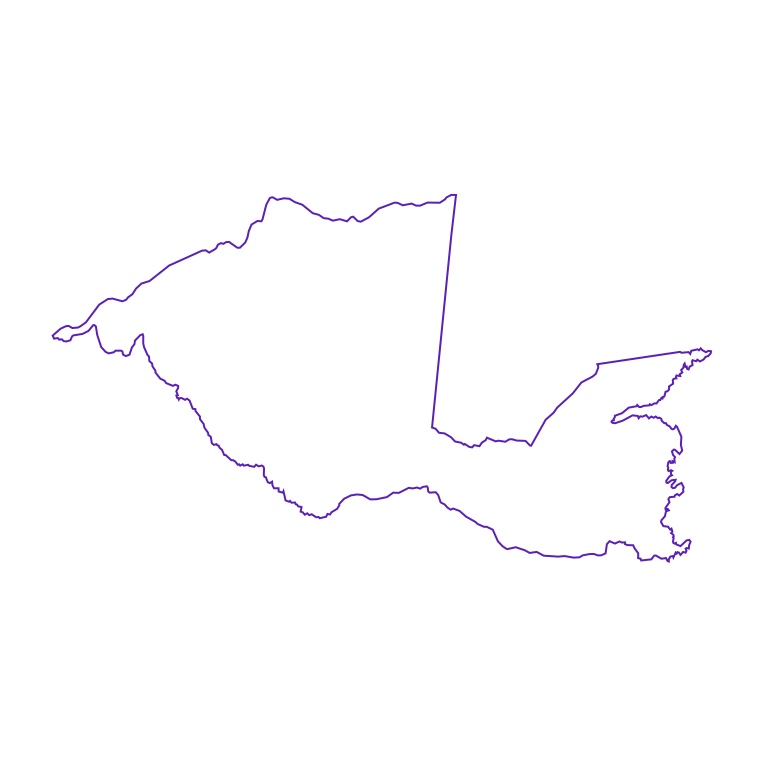 outline of Barreiras, Bahia, Brazil, rotated 177°
{"feature_id": "56859067B47709094289082", "entity_name": "Barreiras", "entity_type": "district", "adm_level": 2, "iso_a3": "BRA", "parent_name": "Brazil", "parent_adm1": "Bahia", "projection": "equal_earth", "projection_center": [-45.677, -12.014], "detail": "fine", "context": "isolated", "style": "outline", "palette": "violet", "viewbox_px": 768, "rotation_deg": 177, "n_neighbors": 0, "source": "geoboundaries", "source_scale": "gbopen_adm2", "svg_char_len": 6069}
<svg xmlns="http://www.w3.org/2000/svg" viewBox="0 0 768 768"><g transform="rotate(177 384 384)"><path d="M171.6,203.3L169.8,212.4L167.0,215.2L161.7,212.6L157.1,214.4L154.6,213.2L151.7,213.3L151.8,211.6L149.5,210.4L143.6,209.9L142.3,206.7L139.0,201.7L139.3,196.8L136.9,196.1L136.4,194.3L126.2,194.9L123.1,198.5L121.5,198.5L116.1,195.0L111.5,195.4L110.1,192.4L108.9,191.8L108.7,194.2L107.0,196.7L104.5,197.0L104.1,195.6L101.5,200.4L100.6,199.3L99.7,200.7L98.4,200.3L96.9,197.8L94.1,200.6L91.6,199.8L90.7,201.5L91.4,203.8L90.4,204.4L88.2,203.7L87.7,207.2L86.1,210.4L87.3,212.3L90.0,212.0L96.4,206.6L100.5,208.5L100.8,210.1L102.1,209.4L103.2,209.9L103.7,211.6L102.8,214.7L103.5,215.8L102.6,216.8L102.9,218.2L105.1,220.1L103.7,221.4L104.5,224.5L105.8,223.6L107.8,226.6L112.5,227.5L114.6,231.8L114.0,233.5L110.4,237.2L109.0,242.2L106.2,242.9L107.1,244.3L109.4,244.2L109.4,245.6L105.1,251.0L106.0,253.9L105.5,255.1L104.3,256.1L99.8,256.2L99.4,257.5L97.0,258.8L95.0,257.2L90.7,260.7L90.8,263.5L90.1,265.0L92.1,269.6L96.5,267.7L98.9,265.1L101.0,264.9L102.3,266.1L102.0,268.0L98.4,271.5L97.8,273.1L101.9,272.8L105.6,270.3L107.1,270.7L107.2,272.5L103.8,276.8L101.2,277.8L102.0,278.7L102.2,281.3L100.7,282.2L101.9,282.9L104.4,282.2L105.0,283.4L104.5,285.6L105.1,287.0L104.2,290.8L103.0,292.0L102.0,291.8L101.9,290.2L99.7,290.2L99.7,291.8L97.8,290.7L98.0,294.2L97.2,295.8L99.0,297.9L100.0,301.6L97.9,303.4L96.6,302.9L92.6,298.6L89.7,301.9L90.7,307.5L89.8,315.8L93.6,325.9L94.7,327.0L96.3,324.4L97.9,323.6L99.2,324.1L101.0,326.8L103.5,328.2L104.6,330.2L106.2,330.2L108.6,332.8L108.9,334.7L110.9,336.0L112.2,335.5L114.4,337.3L116.4,336.2L118.8,337.5L121.2,335.8L123.8,339.2L127.6,337.9L129.8,338.3L131.5,336.5L132.2,338.8L137.4,339.7L147.5,334.9L155.4,332.7L158.0,333.3L158.8,334.4L157.9,335.6L156.3,335.7L156.4,337.3L155.2,338.8L155.1,340.2L147.8,342.4L140.8,347.6L132.8,348.6L132.2,349.8L130.4,347.7L128.5,347.6L125.8,348.6L120.2,348.8L119.6,349.9L118.1,348.9L115.0,350.5L112.9,350.3L110.2,353.6L109.0,353.5L107.6,355.7L106.6,355.0L106.0,356.6L104.7,356.8L103.2,361.6L101.3,361.9L99.6,363.6L99.5,366.6L95.3,369.2L95.4,372.7L94.5,374.0L91.7,374.3L92.1,375.8L91.5,377.2L87.7,376.4L88.1,378.3L85.5,379.9L86.5,382.4L84.2,384.5L83.6,387.6L82.7,388.7L82.0,385.3L80.8,385.6L80.5,383.2L79.1,382.6L77.8,385.4L74.9,386.7L75.2,390.5L74.6,391.6L71.0,390.4L69.8,391.9L67.3,390.0L63.6,391.7L61.4,394.3L58.8,394.9L56.1,397.6L55.7,399.6L58.3,400.1L60.9,398.9L64.8,401.5L65.8,403.0L67.7,401.2L69.0,402.2L75.4,401.1L76.6,398.0L78.2,399.9L85.3,399.6L86.6,400.6L169.9,392.6L169.1,390.7L169.3,388.8L171.9,383.1L175.3,380.5L186.8,375.2L195.9,364.8L212.1,351.5L216.3,346.3L224.4,339.9L240.3,314.7L241.5,315.0L245.5,319.6L246.8,319.9L254.5,320.6L259.2,322.2L262.0,322.1L265.8,320.0L272.8,321.4L275.5,320.9L284.0,325.0L285.4,322.6L289.4,320.3L291.9,316.9L297.2,318.2L299.3,316.1L302.3,316.8L306.4,319.9L307.4,319.2L310.0,321.3L316.1,322.9L319.8,327.3L326.1,331.5L331.6,332.4L334.8,336.6L338.3,338.0L309.0,528.9L302.2,569.0L307.0,569.3L311.9,567.0L313.4,565.2L318.8,562.1L331.1,562.9L338.6,560.2L342.7,560.5L347.0,562.7L355.9,561.5L360.8,564.1L363.8,564.6L380.1,559.4L390.2,551.3L398.7,547.3L401.8,548.1L406.0,552.7L408.1,552.3L412.4,548.4L419.5,550.9L426.5,549.8L430.9,552.0L435.6,552.8L440.1,556.3L446.2,558.3L456.2,567.3L463.5,570.3L468.7,573.9L474.3,574.7L481.1,573.5L485.2,576.2L486.8,576.2L488.3,575.6L492.2,569.1L496.8,554.5L498.0,552.9L501.9,553.4L507.9,550.2L510.9,544.1L512.7,537.5L515.1,532.6L520.8,527.6L523.4,527.8L531.3,534.0L534.4,533.9L537.0,532.4L539.5,533.2L542.6,531.8L544.3,528.6L545.7,527.5L551.7,524.4L555.0,526.8L558.7,526.7L592.3,513.6L612.8,499.1L621.0,497.0L626.6,492.3L630.6,486.8L635.1,483.9L637.1,481.6L640.9,480.3L650.6,483.5L655.3,483.3L664.2,478.2L678.4,461.2L684.2,457.5L686.6,456.4L692.3,456.2L695.7,458.4L698.2,458.5L704.0,456.2L712.3,449.7L711.1,446.6L707.3,446.9L706.0,445.3L703.4,445.5L701.6,443.6L698.9,443.1L694.9,444.1L693.0,447.9L691.6,448.8L682.4,449.8L676.3,452.5L671.3,458.0L670.0,457.9L668.7,456.5L667.8,448.0L664.5,435.7L660.3,430.6L657.3,429.0L652.3,429.8L650.4,431.3L645.0,431.1L643.6,430.3L643.0,427.0L640.3,425.4L636.6,426.6L633.8,433.8L631.2,436.7L630.4,440.4L624.9,445.5L622.4,446.3L621.9,444.7L622.3,437.2L621.7,433.4L618.6,425.3L617.3,423.9L617.1,419.1L614.6,416.7L614.2,413.6L611.6,409.3L611.6,407.4L607.1,401.0L603.0,398.8L601.5,396.3L594.9,393.2L592.4,394.2L589.7,392.9L589.7,390.9L591.8,387.6L590.5,383.6L591.9,383.4L591.4,381.1L590.2,380.8L589.7,379.3L589.1,380.4L586.9,380.6L583.5,378.6L581.4,379.6L579.0,377.6L576.3,369.3L573.7,368.8L573.6,366.8L569.5,361.1L569.6,358.5L566.2,353.5L565.6,349.8L562.2,344.4L562.1,342.3L559.8,340.4L559.0,333.8L557.0,332.1L554.4,332.7L553.7,331.5L552.3,331.1L551.6,329.0L549.2,326.7L547.3,321.5L545.8,321.3L540.5,315.9L538.7,315.8L536.6,314.4L534.2,311.0L532.9,311.4L531.9,310.0L529.3,311.2L528.3,309.8L523.8,310.4L522.8,309.3L517.9,308.1L516.0,310.1L513.4,308.3L510.3,309.0L508.8,307.9L508.2,305.9L508.8,299.6L508.2,297.5L506.9,297.1L505.2,292.0L503.2,291.0L500.9,292.3L500.7,288.8L499.3,285.6L494.8,285.4L494.8,282.1L490.7,280.8L490.0,282.2L488.4,272.9L485.0,271.4L484.0,272.2L482.6,270.3L479.0,270.3L478.5,268.6L477.1,268.1L476.2,266.4L472.8,265.4L473.9,260.9L471.8,260.1L469.9,257.6L467.4,258.9L465.5,256.9L463.1,257.7L458.7,254.5L456.3,254.6L455.2,253.3L448.7,254.5L447.2,257.2L444.7,256.5L443.1,258.7L437.3,261.8L435.0,265.2L435.0,266.6L429.8,271.5L422.8,274.5L416.8,275.1L411.2,274.3L403.7,269.5L397.6,269.3L387.0,270.9L380.5,275.0L374.9,274.5L364.7,279.0L360.7,278.2L356.5,278.9L353.4,277.6L350.6,279.2L346.5,279.6L345.8,278.5L345.4,274.3L344.0,273.1L338.0,273.2L335.7,270.3L333.6,262.8L329.7,260.5L327.0,257.2L324.0,255.0L321.5,256.0L315.2,253.3L308.9,247.2L300.1,241.6L297.7,239.2L291.7,236.2L288.8,236.0L283.0,232.8L278.5,221.0L274.2,215.9L270.7,213.2L269.3,212.7L261.0,214.1L252.1,210.6L247.4,207.7L240.3,208.3L233.5,204.2L219.2,202.5L212.6,202.7L203.7,200.7L197.9,200.7L194.4,202.5L187.8,203.4L183.5,203.3L179.1,201.6L175.8,201.6L171.6,203.3Z" fill="none" stroke="#5b21b6" stroke-width="2"/></g></svg>